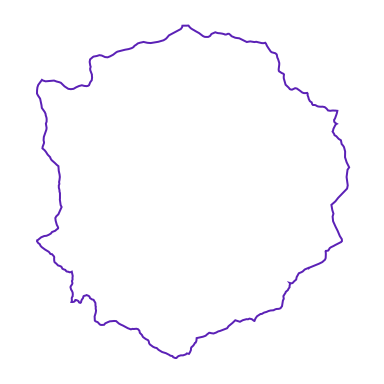 Tseza, Daga, Bhutan (Natural Earth projection), rotated 91°
{"feature_id": "84629894B57914849969567", "entity_name": "Tseza", "entity_type": "district", "adm_level": 2, "iso_a3": "BTN", "parent_name": "Bhutan", "parent_adm1": "Daga", "projection": "natural_earth1", "projection_center": [89.809, 27.158], "detail": "fine", "context": "isolated", "style": "outline", "palette": "violet", "viewbox_px": 384, "rotation_deg": 91, "n_neighbors": 0, "source": "geoboundaries", "source_scale": "gbopen_adm2", "svg_char_len": 5907}
<svg xmlns="http://www.w3.org/2000/svg" viewBox="0 0 384 384"><g transform="rotate(91 192 192)"><path d="M57.7,289.6L58.3,292.7L58.7,293.4L61.2,296.2L63.7,296.6L67.1,296.0L68.6,295.5L70.5,296.0L72.1,295.8L76.4,294.1L77.7,294.1L79.2,293.9L82.0,294.2L84.1,295.7L87.0,296.8L87.7,297.9L88.0,299.2L87.8,301.6L87.2,304.0L88.0,306.8L89.3,309.6L90.9,312.2L91.3,314.9L91.0,317.5L88.6,321.3L85.1,325.0L84.5,326.7L83.9,329.3L83.0,331.9L83.9,340.3L83.1,343.1L82.5,344.0L87.6,347.6L90.1,348.4L93.1,348.7L96.3,348.7L98.3,347.6L101.3,345.5L107.8,344.0L110.6,343.6L113.3,341.6L114.7,340.6L116.4,339.8L117.8,339.6L120.2,338.8L121.6,338.6L124.2,338.6L126.2,339.3L130.4,338.5L132.2,338.7L139.5,341.1L142.8,341.3L144.9,340.8L145.9,340.9L149.3,342.1L151.0,342.3L152.8,340.1L154.5,338.7L157.1,337.0L159.7,334.4L161.0,334.0L162.6,332.9L165.3,329.7L167.2,327.7L168.5,326.0L173.2,325.6L176.9,324.7L179.3,324.4L182.3,324.7L184.4,325.1L185.8,324.8L186.9,324.9L187.7,325.3L190.2,325.2L191.4,324.8L192.9,324.5L193.9,324.5L195.4,324.0L200.6,323.9L201.9,324.0L207.4,323.1L209.3,322.1L216.6,325.2L218.7,327.3L220.4,328.2L223.2,327.8L227.2,326.6L228.8,325.7L230.1,325.2L230.8,325.3L232.1,327.0L233.1,328.0L234.5,331.3L236.0,332.4L237.3,334.5L238.3,336.7L238.6,339.0L239.9,342.0L242.7,345.3L243.0,346.0L244.0,346.1L245.8,344.8L246.8,343.3L248.3,342.6L249.7,341.3L252.2,337.8L254.2,334.3L255.2,333.3L256.1,332.8L256.5,332.1L256.6,330.9L258.8,328.9L259.6,328.6L260.7,328.7L262.8,328.6L264.3,328.3L264.9,327.8L265.8,326.6L267.8,324.6L268.2,323.0L269.0,321.3L271.0,320.2L271.6,318.9L272.1,317.3L273.0,316.7L273.7,315.8L273.9,314.3L274.4,313.0L274.2,311.5L273.8,310.8L278.0,309.8L279.7,310.0L281.4,309.9L281.9,310.0L283.1,310.5L285.0,310.0L285.6,310.0L286.4,310.3L288.4,311.6L289.0,311.8L289.5,311.8L291.6,311.2L293.0,310.3L294.6,309.6L296.4,309.4L297.6,309.5L298.4,309.5L299.3,310.1L300.2,310.4L302.6,310.2L304.1,310.6L304.1,309.3L303.7,307.9L303.3,307.4L302.9,307.1L302.3,307.0L302.0,306.7L302.0,306.2L302.3,305.2L302.8,304.1L303.3,303.5L304.2,303.1L304.5,302.8L304.8,301.7L304.5,301.3L304.1,301.0L302.9,300.8L301.4,300.2L300.7,299.6L299.9,299.1L298.2,298.7L297.8,298.2L297.3,296.4L296.9,295.6L297.7,293.5L298.3,292.8L298.8,292.5L299.7,292.2L300.0,291.9L300.5,291.1L301.1,290.2L301.5,288.6L301.9,288.3L303.1,287.6L304.3,286.8L305.2,286.6L305.6,286.6L307.7,286.5L308.1,286.2L308.6,286.2L309.8,286.3L311.3,286.1L311.8,285.9L312.5,285.9L314.6,286.2L318.1,287.2L322.3,286.9L322.6,286.6L323.2,285.7L323.7,284.2L324.0,283.8L325.7,282.2L326.2,281.6L326.5,280.7L326.5,279.6L326.3,277.6L324.8,276.4L323.6,273.9L322.7,271.8L322.6,270.3L322.3,267.7L322.4,265.6L324.8,262.8L325.9,260.7L326.7,258.8L329.3,253.8L330.4,250.7L329.9,249.2L330.0,247.8L329.7,245.2L330.1,243.6L331.6,242.2L333.7,241.7L335.9,239.5L336.8,239.1L337.9,238.4L339.8,235.7L340.9,233.4L341.9,232.7L344.0,232.2L345.1,231.5L347.4,228.3L348.3,226.3L348.6,224.6L350.4,222.7L352.5,219.1L353.6,215.3L355.2,212.0L356.0,210.8L356.4,208.7L357.5,207.9L358.3,205.8L358.2,204.6L356.9,203.5L356.2,202.4L355.5,200.3L355.5,198.2L354.5,195.4L353.5,194.4L353.9,192.2L352.2,191.2L350.0,190.3L348.5,190.3L347.4,190.0L345.5,188.0L344.1,187.1L342.8,186.4L342.5,185.7L340.7,185.0L338.0,184.8L336.5,178.5L335.5,175.9L334.0,174.3L332.5,172.4L332.5,171.6L332.8,170.4L333.1,168.0L332.1,165.4L330.9,163.3L330.5,161.7L327.6,154.5L325.5,153.1L322.3,149.3L319.5,146.5L320.9,141.8L319.3,139.0L318.2,135.3L318.3,133.8L317.6,132.3L318.1,130.0L319.7,127.8L319.8,127.3L317.3,126.3L315.1,124.8L312.8,121.4L312.7,120.1L311.3,117.8L310.6,115.4L309.7,113.5L309.1,111.4L308.8,108.3L308.2,107.4L307.5,105.6L307.3,103.1L306.7,101.5L304.6,100.0L298.9,99.2L297.2,98.4L294.5,98.8L291.0,96.7L290.2,96.5L288.9,95.0L288.5,94.5L287.0,93.8L285.6,92.8L284.2,92.8L281.8,92.3L281.2,92.8L281.6,91.3L281.3,89.9L279.5,88.3L277.7,86.3L276.4,86.1L275.1,85.8L273.5,84.9L271.4,83.8L270.5,81.7L269.6,80.0L267.5,77.9L266.9,76.6L265.8,74.1L266.2,73.9L265.5,73.1L261.5,63.8L259.8,60.5L257.3,57.8L255.7,57.2L251.9,57.1L250.2,57.2L249.1,57.4L248.6,57.2L248.6,56.8L248.1,54.7L245.7,53.3L244.8,52.1L243.5,49.5L242.6,48.0L239.4,42.0L238.4,41.2L236.5,41.4L233.5,43.4L228.3,45.7L224.3,47.8L218.8,50.4L214.1,51.0L211.2,50.2L207.6,51.4L202.4,52.4L198.9,48.5L195.2,45.7L185.9,37.0L182.7,36.4L174.3,37.7L167.1,36.9L164.6,35.3L159.6,37.9L154.6,39.6L148.8,39.6L144.5,40.8L143.1,41.7L141.4,43.2L137.7,44.0L136.3,46.3L133.7,48.7L132.7,50.5L131.5,50.9L129.1,52.5L128.4,52.1L126.4,51.7L122.6,49.9L121.5,48.9L121.3,48.5L120.5,49.9L119.3,51.0L117.5,51.2L116.0,50.3L112.2,49.0L110.1,48.4L108.3,48.1L108.1,50.2L108.1,53.1L108.4,55.2L108.1,57.4L106.3,58.9L104.8,60.8L104.4,63.0L104.5,64.6L104.4,66.6L104.1,68.1L103.3,69.5L102.9,70.5L102.9,72.6L102.2,73.3L101.4,73.6L100.3,73.9L99.9,74.6L99.0,75.8L96.9,76.9L95.0,77.4L93.3,78.1L91.6,78.1L90.9,78.6L91.2,80.7L91.1,82.1L90.6,83.5L89.0,85.6L86.7,89.0L86.4,90.7L87.9,93.7L87.9,94.6L87.4,96.0L85.9,97.2L83.1,100.3L76.8,102.2L75.3,102.3L72.8,102.1L72.2,102.7L71.3,104.7L70.4,106.0L70.1,106.7L69.4,107.3L67.9,107.5L63.3,107.0L61.5,107.0L57.5,108.3L56.2,109.0L53.0,109.7L51.8,111.1L50.9,114.7L50.2,115.7L47.0,118.0L44.4,119.7L42.4,120.6L41.5,121.4L41.9,122.7L41.9,124.9L40.7,130.4L41.0,132.2L40.4,136.4L40.8,138.6L41.1,139.8L37.5,147.4L37.3,149.3L37.0,151.5L35.5,155.2L34.4,156.2L33.2,157.8L33.2,158.9L33.9,160.4L34.0,161.7L33.6,162.6L33.1,164.7L32.8,167.1L32.7,168.7L32.4,170.0L31.9,171.5L33.6,175.2L34.3,175.8L35.5,176.5L36.2,177.6L36.7,178.6L36.7,181.2L36.6,182.2L35.8,183.9L33.0,187.7L31.2,191.1L30.2,192.8L29.4,194.3L28.5,195.8L27.1,197.3L25.7,198.4L25.9,204.5L27.5,204.8L29.3,206.1L35.8,217.8L38.4,219.9L39.4,220.9L40.8,223.1L42.4,228.3L43.8,235.9L43.6,239.2L42.8,243.1L43.3,245.0L43.6,246.4L44.4,248.8L45.6,250.2L46.9,252.1L48.2,253.1L49.2,254.8L50.2,257.8L50.9,261.4L53.0,269.1L53.8,270.4L56.1,273.2L57.8,276.3L58.8,278.7L58.6,281.3L57.1,284.7L56.8,287.0L57.7,289.6Z" fill="none" stroke="#5b21b6" stroke-width="2"/></g></svg>